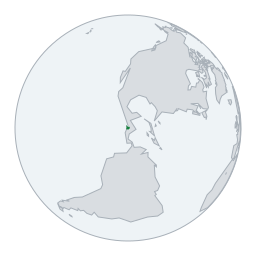 León highlighted on a globe, orthographic projection, rotated 51°
{"feature_id": "NIC-658", "entity_name": "León", "entity_type": "Department", "adm_level": 1, "iso_a3": "NIC", "parent_name": "Nicaragua", "parent_adm1": "", "projection": "orthographic", "projection_center": [-86.624, 12.561], "detail": "fine", "context": "on_globe", "style": "filled", "palette": "green", "viewbox_px": 256, "rotation_deg": 51, "n_neighbors": 0, "source": "natural_earth", "source_scale": "10m", "svg_char_len": 8300}
<svg xmlns="http://www.w3.org/2000/svg" viewBox="0 0 256 256"><g transform="rotate(51 128 128)"><circle cx="128" cy="128" r="113" fill="#eef3f6" stroke="#a8b0b8"/><path d="M144.4,136.1L141.7,134.9L139.2,138.4L129.9,133.2L126.3,126.5L97.0,115.7L93.8,112.3L93.5,106.7L82.8,88.4L87.9,105.5L83.9,102.1L80.5,95.9L82.3,94.5L79.8,85.7L76.2,82.3L75.4,71.6L81.7,58.9L83.0,61.0L84.3,58.0L82.8,55.4L81.5,54.5L84.2,43.4L80.3,37.8L75.6,38.9L79.4,36.7L68.2,41.1L63.8,41.5L70.9,39.5L73.2,38.1L71.3,37.3L73.4,35.8L73.6,34.7L76.2,33.0L80.1,32.3L81.8,31.4L80.4,30.9L82.1,29.3L83.9,30.0L87.1,27.4L94.2,26.5L97.0,31.1L103.1,30.5L111.6,35.2L112.9,33.9L117.0,35.3L120.1,34.4L120.8,35.9L122.7,34.0L121.4,32.8L121.8,31.7L123.5,31.2L124.7,32.8L124.1,33.3L125.3,33.6L125.2,34.7L126.2,33.8L127.4,36.1L128.7,33.2L131.9,34.5L132.0,36.2L128.7,36.9L120.7,43.7L119.9,46.3L121.9,48.9L132.9,51.7L133.3,54.5L136.2,57.5L137.6,55.4L135.7,52.4L138.9,49.6L136.2,46.5L137.1,45.1L135.7,41.9L139.5,41.6L144.0,43.1L145.3,45.9L147.3,46.8L148.9,43.7L154.2,48.8L162.6,52.5L163.5,54.1L160.2,57.5L152.9,58.2L148.6,64.0L155.0,59.6L157.4,64.3L159.3,64.9L161.3,64.5L161.8,62.6L163.4,64.2L157.6,68.8L156.1,67.4L157.9,65.8L154.5,66.4L150.6,70.1L152.1,72.5L144.7,76.6L145.7,78.5L144.6,80.7L143.6,77.3L145.3,83.6L136.9,91.5L139.1,103.2L133.0,94.3L128.4,93.5L123.0,93.9L123.2,95.8L115.7,94.6L109.4,98.8L107.7,108.2L110.8,115.4L119.1,115.5L121.3,111.4L127.2,110.4L123.6,121.4L134.1,122.6L133.4,130.8L136.6,134.9L141.6,133.6L146.9,135.4L150.4,130.4L156.2,127.4L156.7,134.0L159.6,127.8L163.0,130.7L174.3,129.4L173.5,131.0L183.1,137.8L192.9,139.9L195.2,144.3L194.1,147.4L197.4,147.8L197.4,149.7L209.8,150.3L215.6,153.7L215.1,160.3L209.5,168.8L202.8,185.0L192.3,191.5L188.5,197.8L178.4,207.1L172.2,207.3L172.8,211.0L168.4,213.7L164.1,214.3L162.4,217.1L159.1,217.4L160.6,219.0L154.1,222.7L154.5,225.2L149.4,227.9L149.8,229.2L148.3,229.3L146.5,229.9L145.9,230.7L142.0,229.6L142.2,226.4L144.6,224.7L142.7,224.5L148.0,219.7L145.5,220.7L148.2,213.4L152.9,206.9L158.0,187.3L156.1,183.4L148.1,179.1L138.5,164.0L141.4,157.4L139.2,154.4L146.5,144.7L144.4,136.1ZM28.5,100.6L29.2,98.1L29.4,99.9L28.5,100.6ZM29.2,96.4L29.0,97.3L29.1,96.5L29.2,96.4ZM28.9,95.8L29.1,96.2L28.8,96.0L28.9,95.8ZM28.5,95.3L28.8,95.4L28.7,95.5L28.5,95.3ZM138.8,107.3L150.8,112.3L144.3,113.4L145.5,112.3L142.4,110.1L136.8,108.2L131.0,109.7L138.8,107.3ZM28.1,93.7L28.1,93.3L28.4,93.2L28.1,93.7ZM143.4,100.5L141.4,100.1L143.3,100.0L143.4,100.5ZM80.6,54.4L82.6,55.6L83.2,58.6L81.3,57.8L80.6,54.4ZM79.7,49.1L81.2,49.0L79.5,51.9L79.2,51.0L79.7,49.1ZM71.8,40.2L73.1,40.6L71.2,40.8L71.8,40.2ZM73.2,34.8L72.2,35.3L72.8,34.5L73.2,34.8ZM133.8,42.3L134.7,42.1L134.5,42.8L133.8,42.3ZM132.2,41.2L131.3,42.2L130.4,41.8L131.0,41.2L132.2,41.2ZM77.2,31.4L78.4,30.3L77.9,31.3L77.2,31.4ZM133.7,40.2L129.0,41.1L127.5,40.5L128.6,37.8L133.7,40.2ZM79.6,29.5L82.4,27.1L80.4,27.8L87.6,24.9L82.8,27.7L82.5,28.7L81.3,28.7L79.6,29.5ZM120.3,32.7L121.7,33.9L119.0,33.5L120.3,32.7ZM118.5,32.8L109.5,33.7L108.3,31.9L111.5,31.9L108.7,30.2L112.5,28.9L114.9,29.5L115.0,30.8L116.4,29.3L118.5,32.8ZM91.2,23.8L92.4,23.3L91.8,23.7L91.2,23.8ZM121.8,31.2L120.1,31.5L118.9,29.9L122.1,29.2L121.5,29.9L121.8,31.2ZM106.1,30.6L105.8,29.4L108.8,28.0L109.1,27.4L112.5,28.7L106.1,30.6ZM122.6,30.0L123.8,28.9L125.9,29.2L123.4,30.9L122.6,30.0ZM117.3,29.9L116.9,29.1L118.1,29.3L117.3,29.9ZM134.0,30.1L132.0,30.2L131.2,29.3L134.0,30.1ZM124.1,28.5L123.3,28.4L122.8,28.1L124.0,27.5L124.1,28.5ZM114.4,27.7L115.7,27.4L113.2,27.0L115.3,26.1L117.2,27.3L117.3,26.4L118.0,26.1L118.8,27.4L114.4,27.7ZM123.6,26.2L126.7,27.6L130.7,27.5L131.5,28.2L125.0,28.3L123.6,26.2ZM120.7,26.7L122.7,26.5L122.7,27.4L121.3,28.1L120.7,26.7ZM116.1,25.2L112.3,26.3L112.0,26.0L116.1,25.2ZM124.7,25.9L124.0,25.6L125.0,25.8L124.7,25.9ZM118.8,25.1L117.5,25.5L117.2,25.2L118.8,25.1ZM123.5,24.7L124.5,25.2L123.6,25.6L123.5,24.7ZM121.3,24.8L121.2,24.3L122.7,25.5L120.8,25.0L121.3,24.8ZM118.7,24.8L118.1,24.7L119.3,24.7L118.7,24.8ZM126.3,23.0L128.3,24.5L126.3,25.4L124.6,23.8L126.3,23.0ZM148.2,231.9L142.1,230.1L145.7,230.9L149.1,229.5L151.9,230.9L148.2,231.9ZM157.9,228.1L161.3,227.1L161.8,227.4L159.6,228.2L157.9,228.1ZM206.9,47.6L205.5,46.4L207.9,48.7L209.3,50.1L211.7,52.7L208.2,49.4L210.3,53.0L217.9,64.2L218.1,66.5L216.1,66.2L208.3,56.9L208.7,53.1L206.0,50.2L201.6,47.7L202.1,46.9L200.4,45.5L200.2,44.2L195.6,39.7L194.7,38.4L188.9,34.5L187.7,33.4L191.5,35.9L193.6,37.1L190.9,34.6L189.2,33.4L185.6,31.2L185.4,31.1L193.0,36.0L200.2,41.5L206.9,47.6ZM184.5,30.6L182.2,29.3L180.8,28.5L184.5,30.6ZM179.3,27.7L180.4,28.4L176.3,26.4L171.9,24.4L170.9,24.1L177.9,27.5L180.5,28.7L182.2,29.5L189.3,33.8L191.1,35.2L184.8,31.8L186.7,33.7L180.9,30.6L165.4,22.5L161.0,20.6L161.9,20.6L166.5,22.2L166.8,22.2L167.1,22.4L179.3,27.7ZM124.9,15.4L123.4,15.5L121.3,15.6L124.9,15.4ZM103.3,18.1L103.6,18.0L94.4,20.8L91.4,21.8L88.3,23.4L88.6,23.4L90.6,22.8L87.6,24.9L80.4,27.8L80.0,27.6L75.8,29.8L75.3,29.3L72.9,30.1L74.8,28.7L73.0,29.7L76.4,27.9L78.9,26.8L77.1,27.5L79.4,26.4L87.2,23.0L95.2,20.3L103.3,18.1ZM72.2,30.1L71.4,30.6L70.9,30.9L72.2,30.1ZM240.0,116.3L240.0,115.6L240.0,116.3L238.1,124.5L236.0,121.2L229.7,108.5L228.9,101.6L226.0,94.9L218.2,67.0L219.6,66.6L217.0,59.2L217.3,59.4L220.9,64.4L221.2,64.7L225.4,71.4L229.1,78.4L232.4,85.6L235.1,93.1L237.3,100.7L238.9,108.4L240.0,116.3ZM224.5,79.4L225.6,81.5L224.5,79.4ZM174.7,129.3L176.1,130.4L174.3,130.7L174.7,129.3ZM143.6,116.2L146.1,116.2L147.4,117.2L145.6,117.6L143.6,116.2ZM163.7,115.0L166.4,115.3L163.7,116.1L163.7,115.0ZM152.6,113.0L161.5,115.0L156.2,117.3L150.5,116.1L154.3,115.3L152.6,113.0ZM142.6,104.3L144.2,104.7L143.9,106.0L142.6,104.3ZM144.8,100.4L144.3,100.5L143.4,99.6L144.8,100.4ZM157.7,64.0L158.2,63.7L160.3,63.7L159.5,64.5L157.7,64.0ZM168.5,59.3L170.7,62.1L168.6,60.5L167.9,62.1L162.5,61.0L163.8,54.9L164.2,57.7L168.5,59.3ZM155.7,58.4L159.0,59.4L155.3,58.6L155.7,58.4ZM191.2,40.5L192.5,40.7L194.6,42.4L195.7,45.1L192.7,42.5L191.2,40.5ZM193.8,40.7L187.2,37.0L186.3,35.5L187.9,36.9L188.0,36.3L190.6,38.4L196.2,40.9L198.4,42.7L199.2,46.1L197.7,43.9L196.6,43.6L193.8,40.7ZM172.1,33.3L169.2,32.6L170.8,30.2L173.3,31.3L174.6,33.7L172.4,34.0L172.1,33.3ZM136.5,35.7L135.3,36.1L135.0,35.6L135.8,34.8L136.5,35.7ZM133.1,30.2L141.5,33.4L140.5,34.0L146.5,35.6L146.4,37.9L142.5,36.7L146.9,39.9L143.3,39.7L146.5,41.8L137.8,38.9L134.8,39.1L138.3,37.9L138.5,35.8L137.7,34.9L133.1,32.8L126.6,32.6L125.9,30.8L127.0,29.5L128.4,29.3L128.5,30.5L130.4,29.3L131.6,30.9L133.1,30.2ZM141.0,20.2L140.5,21.0L144.4,20.3L145.6,21.3L146.0,21.2L148.2,22.0L151.5,22.9L151.6,23.4L152.9,23.6L154.4,24.3L156.1,24.7L156.8,25.9L159.1,26.6L158.1,26.8L161.8,27.7L159.4,27.6L161.1,28.6L162.5,28.2L162.1,35.0L163.8,38.4L166.5,41.6L162.0,41.3L156.7,38.4L151.6,34.7L150.6,31.6L148.8,32.2L147.8,31.0L149.6,31.0L146.1,30.3L145.8,29.3L141.2,27.0L136.4,26.9L134.6,26.2L136.4,25.7L133.4,25.4L135.4,24.1L134.2,23.7L134.9,22.2L139.0,21.9L137.3,21.4L137.8,20.4L141.0,20.2ZM126.6,22.6L131.2,21.6L134.1,21.8L131.5,24.4L132.4,25.0L130.8,27.1L126.7,26.8L127.5,26.2L127.3,25.6L128.7,25.9L127.5,25.2L128.6,24.5L127.9,23.8L129.6,23.6L126.6,22.6ZM215.8,57.4L215.5,57.0L215.3,56.9L215.8,57.4ZM212.8,54.4L212.3,53.7L214.8,56.5L215.0,56.9L212.8,54.4ZM209.9,51.1L212.1,53.4L211.0,52.4L209.9,51.1ZM190.8,35.3L190.0,34.6L190.8,35.0L192.2,36.0L190.8,35.3ZM153.0,19.6L152.2,19.7L151.5,19.5L148.1,19.3L146.9,18.7L148.5,18.6L153.0,19.6ZM151.1,18.9L149.9,18.9L150.1,18.6L151.1,18.9ZM145.9,18.3L145.8,18.0L146.4,18.6L145.9,18.3ZM147.9,17.1L145.8,16.8L139.4,15.9L140.2,16.0L147.9,17.1ZM125.5,15.4L124.8,15.5L123.4,15.5L125.5,15.4ZM126.3,15.4L128.7,15.5L127.2,15.6L125.6,15.5L126.3,15.4ZM140.1,16.6L142.0,16.8L141.8,16.9L140.1,16.6ZM91.6,23.3L92.4,23.3L91.1,23.7L91.6,23.3ZM104.6,17.8L103.0,18.2L104.6,17.8ZM103.3,18.4L105.1,17.9L103.6,18.4L103.3,18.4ZM109.0,17.1L106.0,17.7L108.2,17.2L109.0,17.1Z" fill="#d9dde1" stroke="#a8b0b8" stroke-width="1"/><path d="M127.9,129.1L127.8,128.9L127.7,128.7L127.3,128.4L127.2,128.4L126.9,128.2L127.0,128.2L127.3,128.1L127.4,127.9L127.5,127.9L127.6,127.7L127.8,127.6L127.9,127.2L127.8,126.9L127.9,127.0L128.0,127.0L128.1,126.9L128.3,126.9L128.4,127.0L128.4,127.3L128.5,127.4L128.7,127.5L128.6,127.9L128.5,128.0L128.3,128.4L128.2,128.5L128.2,128.8L128.0,129.0L127.9,129.0L128.0,129.0L127.9,129.1L127.9,129.1Z" fill="#22c55e" stroke="#15803d" stroke-width="1.5"/></g></svg>